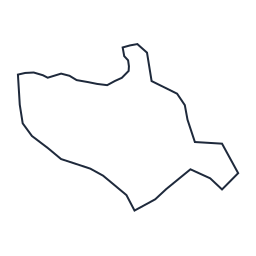 Analiontas, Nicosia, Cyprus (Mercator projection), rotated 265°
{"feature_id": "46923920B57041091158148", "entity_name": "Analiontas", "entity_type": "district", "adm_level": 2, "iso_a3": "CYP", "parent_name": "Cyprus", "parent_adm1": "Nicosia", "projection": "mercator", "projection_center": [33.3, 35.009], "detail": "fine", "context": "isolated", "style": "outline", "palette": "slate", "viewbox_px": 256, "rotation_deg": 265, "n_neighbors": 0, "source": "geoboundaries", "source_scale": "gbopen_adm2", "svg_char_len": 655}
<svg xmlns="http://www.w3.org/2000/svg" viewBox="0 0 256 256"><g transform="rotate(265 128 128)"><path d="M190.8,23.0L160.6,22.2L141.8,23.5L128.4,31.6L115.0,46.4L102.9,58.6L90.8,86.9L82.7,99.0L61.3,120.6L45.2,127.3L54.6,148.9L64.0,161.0L81.4,186.6L70.7,205.5L58.6,216.3L73.4,233.8L104.2,220.3L108.2,193.4L131.1,188.0L145.8,186.6L157.9,179.9L172.7,155.6L201.4,153.5L210.8,144.6L210.1,137.2L208.7,129.7L199.9,130.5L195.4,134.0L189.4,134.3L184.8,133.6L178.5,126.2L176.0,119.1L172.5,111.0L174.6,101.1L177.1,92.6L180.2,81.0L185.1,74.3L188.0,66.1L185.1,52.4L188.0,47.8L191.5,38.9L191.8,30.4L190.8,23.0Z" fill="none" stroke="#1e293b" stroke-width="2"/></g></svg>